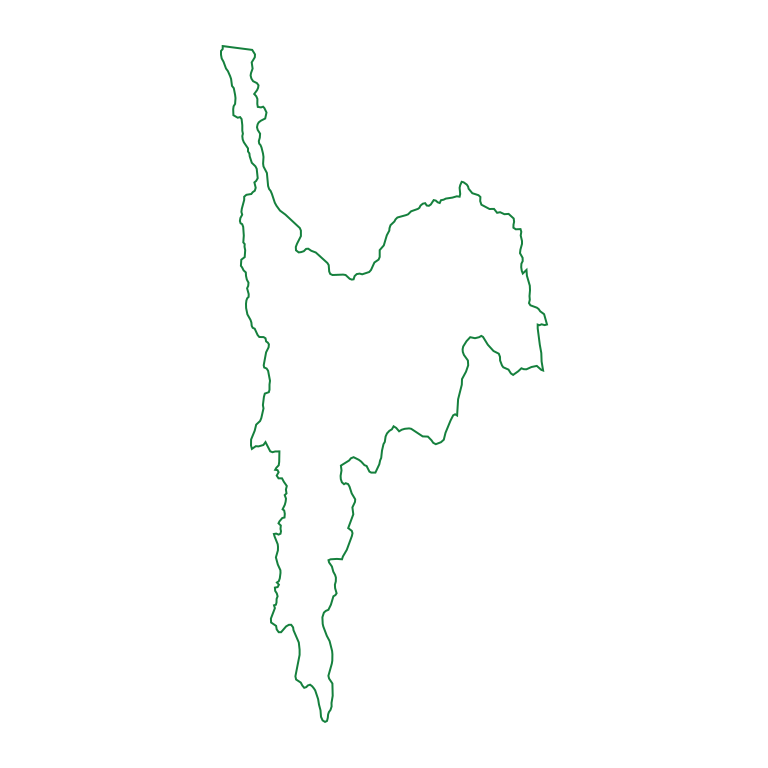 outline of Porteirinha, Minas Gerais, Brazil
{"feature_id": "56859067B51035287448150", "entity_name": "Porteirinha", "entity_type": "district", "adm_level": 2, "iso_a3": "BRA", "parent_name": "Brazil", "parent_adm1": "Minas Gerais", "projection": "equal_earth", "projection_center": [-43.104, -15.747], "detail": "fine", "context": "isolated", "style": "outline", "palette": "green", "viewbox_px": 768, "rotation_deg": 0, "n_neighbors": 0, "source": "geoboundaries", "source_scale": "gbopen_adm2", "svg_char_len": 6097}
<svg xmlns="http://www.w3.org/2000/svg" viewBox="0 0 768 768"><path d="M271.1,622.5L276.1,625.9L276.7,629.4L278.7,632.2L281.1,632.2L286.1,626.4L288.9,624.8L291.2,624.8L293.1,627.4L293.5,630.2L298.8,642.5L299.6,649.7L299.6,654.9L295.4,676.3L296.1,679.5L300.8,682.6L302.3,685.5L304.2,687.8L306.3,687.1L307.8,685.5L310.1,684.7L312.2,686.3L313.9,688.4L315.2,690.4L318.1,699.1L319.0,704.6L320.5,710.3L321.0,716.8L322.6,720.4L325.0,721.9L327.0,720.9L327.8,717.8L328.1,714.5L328.9,712.1L330.5,709.9L331.6,706.5L331.5,703.0L332.7,695.8L332.4,683.5L329.1,678.6L328.4,675.8L331.8,663.7L332.3,660.7L332.4,654.3L332.1,651.0L329.6,641.1L326.8,635.8L323.3,626.5L322.7,623.9L322.4,617.3L323.9,612.6L325.8,610.9L328.4,609.8L330.9,604.7L333.4,596.3L335.4,595.1L336.6,593.3L335.1,588.1L334.9,584.7L335.8,581.4L335.9,577.6L335.1,575.0L333.3,571.7L331.9,566.5L329.1,562.5L328.5,560.2L330.6,559.3L336.9,558.9L342.0,559.3L342.9,556.5L346.8,549.8L351.9,536.0L352.5,533.2L351.8,530.9L348.2,528.1L353.3,514.3L352.4,507.4L355.0,501.9L355.2,499.3L351.7,493.4L349.5,486.6L348.1,484.1L345.7,483.2L344.0,484.2L341.9,482.3L340.8,479.1L340.6,475.9L341.5,470.4L340.9,465.6L349.1,460.5L350.9,458.3L353.6,457.2L358.8,459.8L361.2,461.6L364.4,465.1L366.6,466.0L369.4,471.6L371.2,472.6L375.4,472.6L379.3,464.3L380.1,460.5L381.2,457.9L382.0,450.6L383.5,444.1L384.8,441.9L385.6,436.5L387.0,433.4L389.4,430.8L391.9,429.3L393.6,426.3L396.2,427.9L399.1,431.3L401.8,429.7L404.8,428.8L409.1,428.4L411.2,428.8L422.7,436.4L427.9,436.6L431.5,440.3L433.2,442.8L435.8,444.2L441.0,442.2L443.8,439.7L445.5,432.8L450.6,420.4L453.2,415.3L455.1,414.3L457.1,415.5L458.1,399.3L461.8,384.7L462.0,379.1L466.0,371.7L468.2,365.3L467.9,360.5L463.9,354.9L462.8,351.9L462.6,349.3L463.2,346.5L466.5,341.2L470.2,337.2L475.0,338.2L479.1,337.2L481.3,335.9L483.0,336.9L487.8,344.7L493.5,351.0L498.8,353.7L500.0,356.9L500.1,360.5L502.0,365.5L503.3,367.3L508.5,369.6L510.9,373.4L513.1,374.9L518.2,371.3L521.4,368.3L523.8,369.2L526.4,369.3L531.5,367.0L536.8,365.9L541.2,369.8L543.1,370.5L541.6,361.5L541.3,353.0L539.8,344.7L537.7,328.4L537.7,324.6L539.4,325.2L541.6,324.3L544.6,325.1L547.0,324.5L544.1,314.2L540.2,311.3L538.7,309.1L536.9,307.7L530.4,305.3L529.0,303.1L529.8,299.8L529.5,296.1L530.0,290.3L529.8,285.7L526.9,275.7L526.5,269.9L522.8,273.5L521.8,270.9L521.2,267.2L521.4,263.7L522.7,261.1L522.6,257.8L520.0,253.2L520.4,249.7L522.0,243.9L522.0,241.0L520.7,235.5L521.3,231.8L520.5,229.1L515.8,229.3L513.4,227.7L513.5,224.6L514.1,221.8L513.7,218.5L508.6,213.9L504.4,214.2L500.1,212.2L497.1,212.8L494.0,208.9L489.5,209.0L481.4,204.7L480.2,201.1L480.4,197.0L478.5,195.2L472.3,193.2L468.6,188.7L468.1,186.6L466.8,184.6L463.6,182.3L461.7,181.8L460.2,185.2L459.6,187.8L460.2,194.0L459.6,196.7L456.8,196.3L452.4,197.6L445.8,198.6L443.6,199.7L441.0,200.2L439.7,203.0L437.7,202.3L435.8,200.6L433.7,200.1L430.8,204.5L428.9,205.8L426.7,205.5L425.2,203.2L422.8,203.7L420.5,205.6L419.4,207.8L417.9,208.9L411.1,211.3L408.1,214.3L406.1,215.1L397.4,217.5L395.5,219.4L394.4,221.5L390.5,225.2L389.5,228.2L389.3,230.6L386.8,235.3L383.8,245.4L379.7,250.1L379.7,257.0L378.6,259.6L374.4,262.5L371.0,270.0L369.2,272.0L362.2,274.3L359.6,273.6L356.7,274.1L354.6,276.1L353.6,279.3L351.8,279.6L349.7,278.8L345.6,275.0L343.1,274.6L332.5,275.0L330.2,273.9L329.2,271.5L328.7,265.1L327.4,263.0L315.8,252.5L311.3,250.8L308.2,248.7L306.1,248.9L303.8,251.2L301.1,252.1L298.7,252.4L296.0,250.3L295.8,247.0L297.0,243.8L300.9,236.1L300.9,230.6L299.8,228.0L285.4,214.6L280.0,210.6L276.5,205.8L274.8,202.7L271.9,193.9L270.6,190.9L269.1,189.0L268.1,186.0L266.9,173.0L263.5,166.5L263.1,163.6L263.5,157.0L263.0,153.5L261.5,147.5L260.5,145.1L259.2,143.6L258.8,141.1L259.8,137.7L260.1,133.7L257.7,129.9L257.0,127.2L257.6,124.4L258.7,122.4L260.9,120.7L265.2,118.5L266.5,112.5L264.4,108.1L263.1,106.7L261.0,107.4L257.8,106.9L257.3,104.0L257.4,99.0L256.3,96.3L254.2,94.0L257.1,90.1L258.1,87.8L258.5,85.3L256.9,83.1L253.1,81.2L251.4,78.6L250.6,75.5L251.0,73.1L252.6,68.6L251.7,62.4L254.8,57.3L255.0,54.4L252.2,49.9L222.7,46.1L222.7,49.0L221.0,51.0L221.0,54.8L221.7,58.5L223.5,61.7L226.0,68.5L227.9,71.1L230.1,76.1L231.1,79.0L232.0,85.9L233.8,88.2L235.1,94.9L235.5,98.1L235.1,103.9L233.6,106.3L233.2,109.2L233.4,115.2L237.7,117.7L240.1,117.1L241.6,119.1L242.3,125.2L242.3,130.7L242.9,133.7L242.3,136.1L242.7,139.4L243.8,142.2L248.0,148.4L248.0,151.4L249.4,153.5L249.7,156.3L251.8,162.8L255.4,166.3L256.7,168.8L257.7,178.2L256.1,181.0L254.4,182.4L255.7,187.8L254.8,190.7L252.7,192.2L251.3,194.0L246.4,194.8L244.2,196.7L244.2,199.9L241.8,208.8L241.4,211.9L242.2,214.7L240.4,218.0L239.9,221.0L240.6,223.3L242.2,224.2L243.2,226.9L243.8,235.6L243.3,242.4L244.7,244.1L244.5,246.7L245.2,250.2L244.7,257.1L241.3,259.7L240.9,265.8L242.1,267.4L243.6,270.4L245.8,272.4L246.0,275.8L246.8,279.5L248.5,282.7L248.2,285.9L247.1,288.3L248.7,294.1L248.6,296.9L247.2,298.3L246.4,300.5L246.0,303.8L246.1,308.0L247.4,314.4L250.5,319.9L251.4,322.6L251.7,325.8L252.7,327.8L254.7,328.7L257.6,335.0L259.3,337.0L263.6,337.1L265.5,338.3L266.1,341.4L267.8,342.6L268.9,344.3L268.6,347.3L266.1,352.3L263.7,365.3L264.2,367.5L266.6,368.5L268.1,370.8L270.0,380.8L269.5,384.5L269.5,389.8L268.8,392.2L264.8,393.6L263.9,397.0L262.9,405.1L263.5,408.4L261.3,418.1L260.1,421.0L256.2,424.6L254.7,430.7L251.1,439.5L251.0,445.4L251.9,448.9L255.8,446.2L258.5,446.4L263.4,445.0L265.5,442.1L270.2,451.3L272.5,452.2L275.1,451.5L279.4,451.4L279.2,461.9L278.7,465.3L276.3,467.8L275.2,469.8L277.5,470.1L278.6,472.2L276.7,475.6L278.5,478.3L282.0,478.3L283.8,481.7L286.8,486.0L285.9,489.6L286.5,493.4L284.7,495.1L286.0,498.6L285.6,501.8L284.8,504.8L282.6,509.3L284.2,510.5L284.8,513.8L284.5,517.5L282.3,518.0L279.5,521.3L278.5,523.3L280.8,525.5L280.5,528.9L281.0,531.2L280.5,533.7L278.6,534.6L276.2,533.6L273.9,534.0L274.6,536.5L277.7,544.2L278.0,546.9L277.9,550.4L275.9,557.4L277.8,564.5L280.4,570.2L280.5,572.9L279.8,578.3L278.8,581.2L276.9,582.5L278.9,584.7L277.6,587.1L274.9,587.6L275.2,590.9L276.8,593.4L277.6,596.3L276.6,598.9L276.5,602.5L275.9,604.7L274.0,605.3L274.9,608.1L270.9,618.6L271.1,622.5Z" fill="none" stroke="#15803d" stroke-width="2"/></svg>